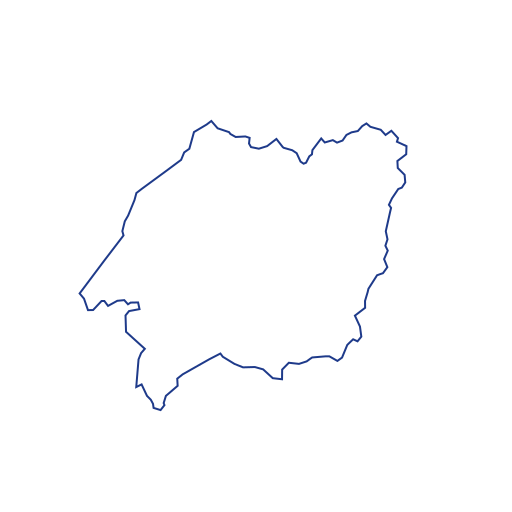 the district of Comerío, Puerto Rico, rotated 39°
{"feature_id": "32010507B91105509770544", "entity_name": "Comerío", "entity_type": "district", "adm_level": 2, "iso_a3": "PRI", "parent_name": "Puerto Rico", "parent_adm1": "", "projection": "equal_earth", "projection_center": [-66.218, 18.225], "detail": "fine", "context": "isolated", "style": "outline", "palette": "blue", "viewbox_px": 512, "rotation_deg": 39, "n_neighbors": 0, "source": "geoboundaries", "source_scale": "gbopen_adm2", "svg_char_len": 1782}
<svg xmlns="http://www.w3.org/2000/svg" viewBox="0 0 512 512"><g transform="rotate(39 256 256)"><path d="M388.6,258.4L388.6,252.4L381.2,245.4L370.4,240.1L373.4,227.6L369.0,222.3L365.5,213.8L364.0,210.7L362.2,194.8L364.3,191.3L365.5,189.5L365.1,182.0L357.5,177.8L355.0,168.9L350.1,166.6L347.7,160.3L341.3,155.1L332.5,137.4L330.7,133.6L327.1,132.6L325.4,125.6L324.4,114.4L326.3,111.1L325.7,104.9L320.4,99.4L310.8,98.4L306.1,93.2L308.7,82.4L303.8,75.9L293.6,78.5L292.2,75.0L282.4,73.5L280.5,80.4L273.5,79.4L263.6,83.6L258.4,83.5L256.8,88.2L256.5,94.8L252.4,99.8L250.1,105.0L250.6,111.8L247.6,116.9L242.8,117.6L238.0,124.5L232.7,123.6L233.2,138.2L235.5,141.8L234.7,145.0L236.2,152.0L234.9,154.3L231.2,154.6L222.9,150.5L217.6,151.0L209.4,154.5L208.2,154.5L198.2,152.2L195.5,163.6L190.7,170.8L183.6,174.5L179.8,173.0L176.7,168.2L172.5,169.8L165.3,176.3L159.3,177.3L157.1,176.7L145.8,180.9L136.3,179.2L134.9,184.9L129.8,198.7L136.7,214.6L135.0,220.7L137.3,228.4L132.6,246.7L125.0,275.6L123.4,282.3L126.4,289.1L131.2,305.1L132.2,311.6L136.5,320.8L140.1,323.4L141.0,355.8L142.5,396.1L149.2,397.4L159.5,403.8L163.4,400.5L164.3,388.2L166.5,386.4L172.4,387.9L176.4,378.1L181.4,373.2L186.9,374.1L187.9,371.1L193.6,366.3L198.9,370.6L192.0,378.7L192.0,384.3L202.7,396.7L228.0,398.1L227.8,403.7L229.8,410.3L245.4,433.2L247.9,427.8L259.3,433.3L264.7,433.9L269.0,435.7L272.0,438.5L278.8,435.8L278.7,429.5L276.8,428.4L274.0,421.4L276.8,406.2L272.0,400.9L273.5,394.1L284.7,365.6L289.7,354.2L293.6,355.2L307.2,353.4L316.0,350.7L325.0,343.0L332.9,339.6L345.9,340.4L353.8,335.4L347.8,327.8L348.7,318.3L357.3,312.8L361.7,306.0L362.8,301.8L363.5,299.5L373.2,290.2L376.2,287.8L385.3,286.3L386.8,280.8L382.9,267.7L383.2,264.9L383.9,259.6L388.6,258.4Z" fill="none" stroke="#1e3a8a" stroke-width="2"/></g></svg>